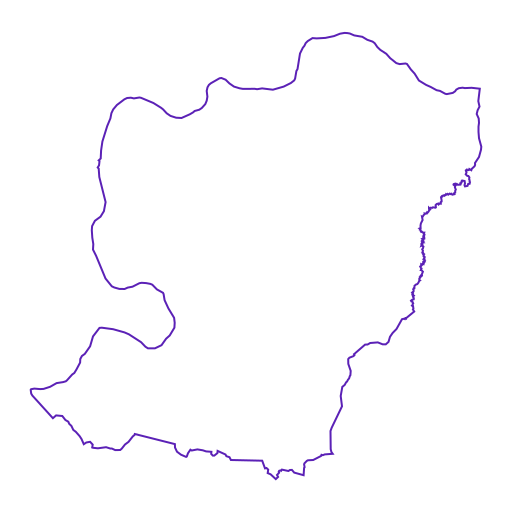 Kintampo North Municipal, Brong Ahafo, Ghana
{"feature_id": "2480657B78031413348906", "entity_name": "Kintampo North Municipal", "entity_type": "district", "adm_level": 2, "iso_a3": "GHA", "parent_name": "Ghana", "parent_adm1": "Brong Ahafo", "projection": "robinson", "projection_center": [-1.417, 8.387], "detail": "fine", "context": "isolated", "style": "outline", "palette": "violet", "viewbox_px": 512, "rotation_deg": 0, "n_neighbors": 0, "source": "geoboundaries", "source_scale": "gbopen_adm2", "svg_char_len": 5990}
<svg xmlns="http://www.w3.org/2000/svg" viewBox="0 0 512 512"><path d="M303.6,475.2L304.1,467.9L304.6,467.2L304.1,464.4L304.4,463.4L306.8,460.9L307.9,460.3L313.2,460.0L321.0,456.0L321.5,454.8L322.8,455.2L324.8,454.4L332.7,453.8L331.4,452.0L330.7,449.2L330.5,431.0L331.7,427.7L342.0,406.3L340.7,396.0L342.3,386.9L344.7,384.9L346.1,382.3L347.0,381.6L348.0,379.7L349.1,378.4L349.8,376.1L350.4,375.2L350.7,370.9L348.3,363.9L348.2,359.1L349.4,357.7L353.5,356.1L354.5,355.0L354.0,354.2L365.1,344.6L367.6,344.5L370.2,343.0L377.8,342.4L382.6,344.3L385.8,344.3L388.5,341.9L390.0,336.8L392.6,333.0L396.5,329.0L402.0,319.2L404.2,318.7L404.9,319.1L405.3,318.5L405.9,318.6L405.8,318.0L406.3,318.0L414.2,311.5L412.9,309.4L413.4,308.6L413.2,307.0L412.2,305.8L412.9,305.6L412.5,304.2L413.2,303.4L412.4,301.6L411.5,301.5L411.0,300.7L412.4,299.6L413.7,299.3L413.8,298.1L413.1,297.0L413.8,295.8L413.1,295.7L413.1,295.0L412.6,295.3L412.2,294.1L412.9,292.7L412.3,292.4L413.6,291.2L413.6,289.6L413.2,289.2L413.8,288.1L414.4,288.1L414.5,285.8L416.0,284.5L417.3,284.1L418.4,282.7L419.2,280.9L420.0,280.4L419.3,279.8L419.3,278.6L420.2,277.6L419.9,277.1L420.5,276.7L420.3,276.3L421.0,275.4L421.7,275.9L422.0,275.6L421.8,274.4L422.9,271.7L421.3,270.0L420.9,270.0L421.5,268.5L421.0,268.2L420.2,266.5L421.1,266.0L421.2,264.2L422.1,264.7L422.7,263.6L422.8,264.1L423.2,263.7L423.6,264.0L424.0,262.6L423.5,261.7L424.7,261.5L424.3,260.7L424.9,260.2L424.2,259.4L424.3,258.9L423.7,258.9L424.7,257.1L423.6,256.4L423.8,255.2L423.3,254.7L424.0,254.1L422.5,252.9L423.0,252.6L422.6,251.8L423.0,250.8L422.2,249.3L423.0,248.2L423.4,246.6L422.5,246.1L422.6,245.3L422.2,245.0L421.4,245.5L421.7,244.6L421.3,244.0L421.8,243.1L422.4,243.7L422.5,242.6L423.2,242.5L422.2,241.7L423.3,241.1L422.2,240.3L423.2,239.5L422.5,238.9L423.9,238.6L423.5,238.0L424.3,237.8L424.1,236.7L423.3,236.2L423.5,235.6L424.1,235.9L424.5,234.4L423.7,233.3L424.1,232.6L422.7,232.5L421.8,231.6L421.2,231.9L420.8,231.5L420.6,230.1L419.9,229.7L420.4,228.8L419.7,228.4L420.6,228.0L420.5,225.6L420.9,223.4L422.6,220.0L422.0,216.7L422.5,217.0L423.6,215.1L424.8,214.1L424.6,213.4L426.4,213.5L426.9,212.6L427.2,213.1L428.7,211.4L429.1,210.2L430.0,209.6L429.0,208.8L429.0,207.9L429.6,208.5L430.7,207.7L432.1,207.9L432.9,207.3L435.5,207.7L435.9,207.4L435.6,205.1L436.7,204.0L438.5,203.5L438.7,204.4L439.8,203.6L440.8,203.7L440.8,202.0L441.6,201.5L441.6,200.2L441.0,197.2L441.5,196.6L441.8,197.0L442.4,195.8L444.1,195.2L444.3,195.8L445.9,194.9L446.1,194.1L446.9,194.5L447.6,193.9L448.4,194.6L449.7,193.6L450.5,194.1L451.4,193.7L452.3,194.7L454.4,194.2L454.0,193.3L455.2,192.6L455.2,190.8L455.8,189.5L454.9,187.4L455.2,186.2L453.5,184.7L453.7,184.1L455.3,183.6L456.4,184.6L456.9,184.0L457.8,184.8L460.5,184.6L460.8,183.8L460.4,183.2L461.4,182.7L461.8,181.9L461.5,181.3L462.1,180.5L464.6,181.0L465.0,183.5L464.5,185.1L465.0,186.4L467.5,185.9L468.2,183.9L469.6,183.8L470.0,182.1L469.6,181.7L469.6,180.1L469.1,179.3L469.4,177.4L468.4,176.0L467.3,175.9L465.7,174.3L466.5,172.6L465.8,170.4L466.8,169.6L467.2,170.3L468.9,170.0L469.3,169.0L471.3,170.2L471.8,168.8L474.5,166.3L475.1,164.9L475.0,163.0L479.0,157.0L481.0,149.7L481.3,146.7L479.0,138.2L478.5,131.9L478.5,126.6L479.0,122.9L478.7,118.5L476.7,114.0L477.6,110.3L479.5,106.6L478.3,101.1L479.8,88.7L471.6,87.8L464.8,88.1L462.6,87.7L458.8,88.2L456.3,89.6L455.1,91.3L452.8,92.9L446.8,94.1L445.3,93.8L440.0,90.9L436.6,90.2L430.8,87.0L426.1,84.9L418.9,80.5L414.6,73.6L410.8,69.4L407.0,64.0L405.5,63.5L399.6,64.1L396.3,63.1L390.2,58.2L386.3,53.8L380.3,49.9L377.3,47.0L374.7,43.2L372.6,41.6L367.3,39.8L362.3,36.8L354.2,35.4L349.8,33.5L347.5,33.1L344.6,32.9L340.0,33.7L334.0,36.1L325.4,37.9L316.7,38.4L312.5,38.1L307.7,41.1L305.7,43.1L304.4,45.8L302.8,47.8L300.0,53.5L297.5,69.1L296.4,71.0L295.1,78.6L294.2,80.4L290.9,83.0L283.7,86.6L272.9,89.7L262.1,88.4L257.1,89.2L254.7,88.8L243.0,88.9L239.6,88.3L234.0,86.6L229.4,83.4L225.6,79.7L221.4,78.0L219.5,78.3L210.8,83.3L208.9,84.9L207.5,87.3L206.7,90.9L207.4,96.7L206.7,100.7L205.3,104.1L201.8,108.0L199.3,109.7L194.6,111.0L193.2,112.3L189.8,114.3L181.5,118.0L176.1,117.7L170.5,115.9L166.7,113.3L163.1,109.4L161.1,107.8L153.4,103.0L141.0,97.8L139.4,97.5L133.9,98.4L130.9,97.7L127.1,98.0L124.4,99.3L116.9,105.0L113.2,109.4L111.4,113.2L110.4,118.4L107.2,126.1L102.4,141.5L101.1,150.4L100.7,158.5L98.7,160.4L99.5,161.1L99.2,163.9L99.0,165.4L97.7,167.5L98.7,168.6L99.3,177.0L105.6,202.1L103.9,211.2L100.5,216.7L94.9,220.8L92.1,226.1L91.8,230.2L92.3,237.7L93.3,244.1L93.0,249.6L96.1,255.8L105.5,278.5L111.8,286.3L114.3,287.5L119.3,288.9L124.6,289.0L127.7,287.6L132.5,286.7L139.4,283.2L141.7,282.8L146.2,283.1L150.4,283.9L152.3,284.7L156.9,289.4L163.0,292.8L163.6,294.1L164.6,300.2L168.4,308.4L174.1,317.8L174.7,322.8L174.4,327.7L169.7,335.5L166.1,338.7L161.5,345.2L155.0,348.3L147.9,348.3L145.4,346.7L141.1,342.2L128.9,334.3L124.5,332.4L113.1,329.2L101.8,327.7L99.5,327.9L93.0,336.4L90.1,346.3L84.8,353.9L81.9,356.0L80.3,359.0L80.1,362.6L76.5,369.4L74.3,373.0L72.2,374.5L66.9,380.4L65.8,381.3L63.1,382.1L56.6,383.1L50.1,386.8L43.6,388.9L40.2,389.1L34.3,388.6L31.1,389.2L30.7,389.8L31.2,393.6L32.4,395.6L52.9,418.2L56.1,415.4L62.3,416.0L65.4,420.0L68.3,421.7L69.2,423.8L71.4,425.9L73.3,429.9L75.8,431.8L79.6,436.1L81.5,439.0L83.8,444.2L86.3,442.5L90.1,441.8L92.7,444.6L92.2,447.5L93.1,447.8L97.9,448.3L106.1,447.2L110.2,448.5L111.8,448.5L115.2,450.1L120.2,450.0L121.7,448.7L125.0,444.5L128.5,441.9L132.8,436.4L134.5,435.0L134.8,434.0L174.9,444.1L175.0,447.5L177.0,451.7L181.0,454.7L186.1,456.9L186.8,456.5L188.0,453.2L190.4,449.7L191.7,450.5L197.4,449.4L202.8,450.3L206.1,451.4L211.4,451.8L211.2,453.9L212.8,455.6L214.3,455.6L217.4,453.1L217.6,450.9L225.5,454.5L226.4,456.2L229.5,457.2L230.9,460.0L262.2,460.7L265.0,468.4L266.5,468.0L268.2,469.6L267.7,473.1L270.6,474.3L275.8,479.1L278.1,476.9L277.0,475.0L279.1,472.7L278.7,471.8L279.2,470.8L280.5,470.4L281.1,470.8L281.9,469.6L288.4,471.0L289.9,470.0L291.9,469.9L294.2,472.6L303.6,475.2Z" fill="none" stroke="#5b21b6" stroke-width="2"/></svg>